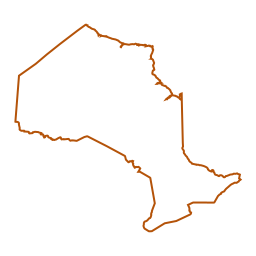 the Province of Ontario
{"feature_id": "CAN-682", "entity_name": "Ontario", "entity_type": "Province", "adm_level": 1, "iso_a3": "CAN", "parent_name": "Canada", "parent_adm1": "", "projection": "equal_earth", "projection_center": [-83.246, 49.265], "detail": "fine", "context": "isolated", "style": "outline", "palette": "amber", "viewbox_px": 256, "rotation_deg": 0, "n_neighbors": 0, "source": "natural_earth", "source_scale": "10m", "svg_char_len": 5691}
<svg xmlns="http://www.w3.org/2000/svg" viewBox="0 0 256 256"><path d="M76.3,140.8L73.4,140.4L72.8,140.5L72.1,140.3L70.5,140.7L69.7,140.3L68.9,139.1L68.4,138.9L64.7,139.3L64.4,139.2L63.9,139.4L63.4,139.1L61.6,139.4L61.3,139.1L61.0,138.3L60.6,137.9L60.7,137.5L60.4,137.3L59.9,137.4L58.2,138.2L55.9,139.6L55.0,139.7L54.3,140.0L53.7,139.8L52.7,139.9L52.7,139.6L52.6,139.3L51.5,139.2L51.2,139.0L51.5,138.6L51.0,138.1L49.8,137.8L48.5,137.3L48.2,136.9L47.9,135.9L47.6,135.7L46.7,135.7L45.3,136.0L45.1,136.2L45.1,137.1L44.7,137.4L44.2,137.5L43.4,136.0L43.4,135.1L43.1,134.6L42.8,134.4L41.3,134.5L40.8,134.4L40.7,134.2L40.8,133.9L41.7,133.6L41.5,133.1L39.0,132.5L38.3,132.1L35.0,131.8L32.9,132.3L32.8,132.8L32.5,133.1L29.6,133.4L29.4,133.4L29.0,133.0L28.8,132.0L28.4,131.8L24.6,131.5L24.4,131.5L24.4,131.0L24.0,130.7L21.6,130.8L20.8,130.5L19.8,129.8L19.6,129.4L19.7,127.9L18.9,124.5L19.0,123.9L18.7,122.6L17.8,122.0L17.2,121.9L16.0,121.9L15.4,121.7L19.0,75.7L35.8,63.8L46.9,54.4L60.1,43.9L77.4,30.7L85.5,24.8L86.1,24.7L86.4,25.0L86.8,25.1L86.6,25.3L87.7,26.0L88.5,26.8L89.7,27.2L90.8,28.1L91.0,28.1L91.8,28.7L94.4,29.5L95.0,29.9L95.3,30.5L96.3,31.3L97.6,32.9L97.6,33.3L98.0,33.5L98.5,34.1L98.8,34.3L98.8,34.5L98.4,34.9L98.5,35.3L98.9,34.8L99.7,34.8L99.8,34.9L99.8,35.1L101.1,35.3L101.2,35.5L101.0,36.0L101.5,35.8L104.1,36.2L104.9,36.2L105.2,36.2L105.0,36.4L105.2,36.5L106.0,36.4L106.5,36.7L107.5,37.0L108.9,37.6L111.0,38.3L111.8,38.7L115.7,39.5L117.0,40.1L117.8,40.3L117.9,40.5L118.9,41.1L119.2,41.5L120.3,42.4L122.1,43.1L123.5,43.4L123.6,43.7L123.5,44.0L122.7,44.3L122.5,44.7L122.0,45.0L121.5,45.9L120.8,46.4L120.7,46.6L120.8,47.0L120.5,47.8L121.0,47.3L121.4,46.3L122.7,44.8L123.2,44.5L124.2,44.1L125.3,44.1L128.7,44.7L129.3,44.7L130.6,44.3L132.6,44.1L134.1,44.3L135.6,43.7L137.3,44.3L137.7,44.6L137.7,44.8L137.6,45.0L137.8,45.0L138.0,44.7L138.5,44.9L138.9,44.9L139.3,45.4L139.1,45.8L139.4,46.1L139.3,45.9L139.4,45.5L139.2,45.2L139.2,44.9L138.2,44.6L137.8,44.3L138.1,44.2L139.2,44.5L140.2,44.8L142.8,45.0L143.2,45.3L144.7,44.8L145.3,44.8L145.9,45.0L146.1,45.6L145.6,46.4L145.8,46.4L146.3,45.8L147.5,46.0L148.7,45.6L149.5,46.0L149.7,45.7L149.9,45.7L151.0,46.4L151.1,46.7L152.0,46.9L151.8,46.5L152.1,46.3L151.6,45.7L152.7,46.3L152.7,46.6L152.4,47.5L152.6,48.0L152.5,48.6L152.7,49.3L153.1,49.4L153.2,49.9L152.1,53.2L151.4,54.4L151.0,55.6L150.8,55.9L150.8,56.3L151.0,56.5L151.0,57.8L151.5,58.6L151.6,58.8L151.4,58.9L152.0,59.0L152.9,59.7L154.1,62.9L153.9,63.8L153.3,64.7L153.1,65.6L153.3,65.8L153.3,66.6L153.9,67.9L154.3,69.7L154.0,70.0L152.9,70.6L152.9,70.8L152.5,72.0L152.3,73.0L152.5,73.5L152.4,73.8L153.0,74.4L154.2,74.8L155.1,75.4L155.6,76.0L155.6,76.4L155.9,76.7L156.4,77.6L157.4,78.2L158.9,79.8L160.1,80.5L160.1,80.8L160.0,81.1L160.2,81.8L161.0,82.5L159.7,82.4L158.3,82.9L158.1,83.2L157.7,83.0L157.4,83.1L156.9,83.4L157.4,83.2L157.4,83.3L156.8,83.9L157.3,83.9L158.2,83.3L160.6,83.3L161.1,83.6L161.9,84.8L162.3,85.1L163.2,85.3L164.4,85.9L165.0,85.8L165.4,86.1L166.3,86.5L166.9,87.7L167.1,87.8L167.9,88.0L168.0,88.2L169.2,89.1L170.3,90.3L170.3,90.6L171.2,92.6L171.5,93.0L172.0,93.4L172.2,95.0L170.1,95.8L169.3,96.5L168.9,97.2L167.7,97.8L167.2,98.5L166.4,98.9L166.1,99.3L166.9,99.0L167.0,99.3L166.7,99.5L167.1,99.3L167.5,98.5L167.8,98.1L168.6,97.9L169.5,97.6L169.7,97.3L170.3,96.8L170.7,96.2L172.4,95.2L172.6,95.2L174.6,95.7L175.5,95.8L176.0,96.2L176.8,96.3L177.5,97.0L179.4,98.1L179.8,98.9L181.3,99.9L181.8,100.5L182.8,143.0L183.0,146.1L183.0,146.6L182.4,147.7L182.3,148.2L182.6,149.0L183.8,150.6L183.9,151.3L183.8,152.6L184.0,153.3L184.9,154.3L185.6,155.5L187.0,156.9L187.8,158.6L188.1,159.0L188.7,159.5L189.0,160.5L189.3,161.0L190.1,161.9L191.6,162.9L192.0,163.7L195.3,164.4L196.2,164.5L196.4,164.8L197.3,164.7L198.7,164.8L199.5,165.2L200.8,165.2L203.7,166.0L205.8,166.9L207.1,167.7L207.8,168.6L207.9,169.3L208.6,170.1L209.6,170.8L211.2,171.5L211.8,171.5L212.0,171.2L211.8,170.4L211.9,170.2L212.4,170.0L213.1,170.2L213.4,170.5L213.6,171.7L213.8,172.2L214.3,172.5L214.5,173.4L215.1,174.5L215.4,174.7L217.5,175.3L218.5,176.0L219.0,176.1L219.4,175.9L219.8,175.4L220.8,175.2L221.7,175.4L222.7,176.1L223.6,177.1L224.1,177.3L224.9,177.1L225.8,176.1L226.7,176.0L229.3,175.0L230.1,174.6L232.6,174.3L233.8,173.7L235.6,173.8L237.1,173.4L238.2,174.1L239.2,174.3L239.9,174.6L239.1,178.3L240.6,179.6L240.0,180.1L239.3,180.4L238.9,181.0L238.7,181.5L237.4,182.2L236.7,182.8L234.6,182.7L233.0,183.6L232.2,183.9L230.7,184.8L226.1,188.8L224.7,190.5L224.3,191.3L222.2,192.2L221.3,192.8L221.0,193.2L221.1,193.7L220.9,193.9L219.4,194.6L219.1,195.0L218.0,196.0L214.4,202.3L213.9,202.6L193.4,202.5L192.7,202.7L188.0,204.9L189.3,207.7L189.5,209.2L189.3,210.2L189.8,210.9L189.7,211.5L190.3,212.1L191.1,212.5L191.0,213.3L190.6,214.1L189.9,214.6L176.3,221.0L164.7,223.3L151.8,231.2L149.1,231.3L148.6,231.1L144.6,228.6L144.0,227.6L143.6,226.4L143.5,225.7L143.8,224.7L143.9,222.9L144.4,221.9L144.9,221.5L146.0,221.2L147.2,220.5L149.3,218.2L150.1,218.0L150.6,217.3L151.1,215.8L151.3,214.8L151.1,214.4L151.1,214.1L151.4,212.9L151.9,212.0L151.9,211.0L154.8,203.3L150.3,178.0L149.8,177.5L140.0,171.8L138.3,171.8L139.2,170.4L140.2,168.4L139.1,167.3L138.5,166.9L136.9,167.1L136.1,166.9L135.7,167.0L135.1,167.6L134.7,167.7L134.2,166.9L134.1,166.4L133.4,165.7L133.3,165.4L133.0,164.1L133.2,163.6L132.7,162.9L132.6,162.4L133.1,161.1L132.2,160.8L131.0,161.5L130.5,161.2L130.1,161.2L129.7,161.3L129.0,162.1L128.4,162.2L128.2,162.0L125.9,159.6L125.1,156.4L124.8,155.9L107.0,146.3L87.6,136.4L87.0,136.3L84.4,137.0L76.8,140.8L76.3,140.8ZM181.8,100.2L181.6,99.8L180.2,99.0L179.9,98.5L179.4,97.6L179.4,97.1L180.0,95.6L179.8,94.8L179.8,94.4L180.6,94.1L180.8,93.8L181.7,93.5L181.8,100.2Z" fill="none" stroke="#b45309" stroke-width="2"/></svg>